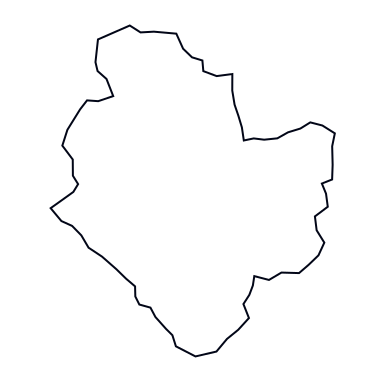 Águas de Lindóia, São Paulo, Brazil (Natural Earth projection), rotated 272°
{"feature_id": "56859067B8082951902088", "entity_name": "Águas de Lindóia", "entity_type": "district", "adm_level": 2, "iso_a3": "BRA", "parent_name": "Brazil", "parent_adm1": "São Paulo", "projection": "natural_earth1", "projection_center": [-46.603, -22.475], "detail": "fine", "context": "isolated", "style": "outline", "palette": "ink", "viewbox_px": 384, "rotation_deg": 272, "n_neighbors": 0, "source": "geoboundaries", "source_scale": "gbopen_adm2", "svg_char_len": 1068}
<svg xmlns="http://www.w3.org/2000/svg" viewBox="0 0 384 384"><g transform="rotate(272 192 192)"><path d="M158.4,62.5L153.9,73.4L144.8,82.9L132.7,90.6L124.3,104.3L112.2,119.1L103.0,129.2L95.7,138.4L85.6,139.0L77.7,143.3L75.0,154.5L65.8,159.8L54.3,170.8L48.2,177.4L37.2,181.3L27.8,201.2L33.4,222.0L46.4,232.1L55.9,243.0L68.0,253.3L81.8,247.3L91.2,252.9L100.7,256.1L110.1,257.2L106.8,272.0L114.6,284.2L114.7,301.8L123.4,311.2L133.1,320.6L146.0,326.0L158.1,317.9L171.9,315.7L182.0,328.2L195.0,326.0L205.0,321.5L209.4,331.6L224.1,331.6L242.6,330.5L255.6,332.7L263.0,320.0L265.7,307.8L259.2,298.1L255.0,285.9L248.6,275.4L246.8,262.3L247.7,251.8L245.3,242.0L258.3,239.6L269.8,235.7L280.8,231.5L294.8,228.7L311.3,228.2L308.7,212.6L313.2,199.1L323.8,197.8L326.6,187.3L334.9,178.1L349.7,170.8L350.9,148.3L349.7,135.0L356.2,124.0L341.2,92.7L318.4,91.0L309.6,93.4L302.0,102.6L285.1,109.9L279.5,95.1L279.9,83.9L270.7,77.3L261.3,71.9L249.8,65.3L233.8,60.8L220.3,71.7L204.1,72.4L195.9,77.9L187.9,73.4L170.9,51.3L158.4,62.5Z" fill="none" stroke="#020617" stroke-width="2"/></g></svg>